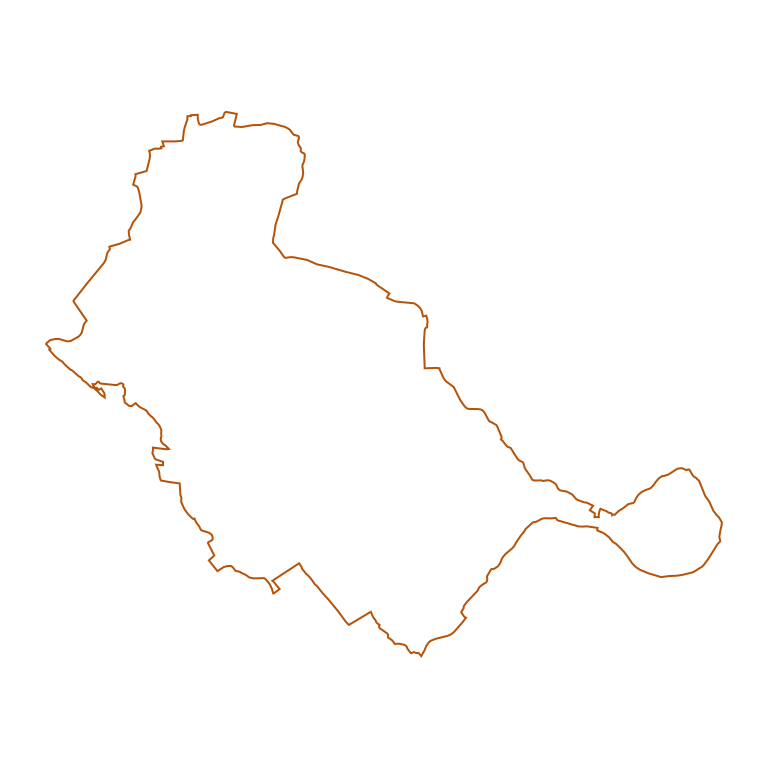 the district of Viisoara, Cluj, Romania
{"feature_id": "2599482B98058077803275", "entity_name": "Viisoara", "entity_type": "district", "adm_level": 2, "iso_a3": "ROU", "parent_name": "Romania", "parent_adm1": "Cluj", "projection": "robinson", "projection_center": [23.931, 46.57], "detail": "fine", "context": "isolated", "style": "outline", "palette": "amber", "viewbox_px": 768, "rotation_deg": 0, "n_neighbors": 0, "source": "geoboundaries", "source_scale": "gbopen_adm2", "svg_char_len": 6078}
<svg xmlns="http://www.w3.org/2000/svg" viewBox="0 0 768 768"><path d="M421.3,656.1L424.8,649.7L426.2,646.1L428.5,642.7L429.5,641.7L430.9,640.7L435.7,638.8L447.8,635.8L451.4,634.1L453.7,632.3L462.1,622.8L466.0,617.7L464.3,616.8L461.3,612.5L461.4,611.8L463.5,608.4L463.8,606.3L464.8,604.7L467.2,601.6L477.4,591.0L479.3,587.2L482.7,584.5L486.4,582.3L487.0,580.9L487.3,578.8L487.0,576.3L491.0,569.5L491.4,569.1L494.2,568.8L497.8,566.4L500.1,563.3L502.1,558.4L503.1,556.8L505.5,554.0L511.9,548.6L514.1,546.3L516.0,542.6L520.9,535.5L524.3,531.4L525.4,529.2L532.7,522.5L536.4,521.7L541.2,519.1L543.9,518.2L551.6,518.4L555.7,517.9L557.0,519.8L558.1,520.5L578.5,526.4L583.0,526.6L586.8,526.3L597.6,527.9L597.2,530.0L597.4,530.5L603.0,532.8L606.1,534.9L609.1,537.3L612.8,541.8L616.1,543.9L620.6,548.2L623.9,551.7L626.7,555.3L632.3,563.5L636.1,567.3L640.0,569.8L648.5,573.3L661.1,577.1L669.4,576.0L675.8,575.8L681.8,575.0L692.1,572.5L693.5,572.0L702.0,566.7L703.4,565.4L705.9,562.2L708.2,559.0L717.6,544.0L720.3,541.3L719.3,536.9L720.7,528.8L721.5,526.0L721.9,522.4L718.9,517.3L716.5,514.9L713.3,510.7L709.3,501.6L705.2,496.0L699.0,480.6L697.2,479.2L696.1,477.8L694.0,476.8L692.4,474.9L689.5,469.7L688.0,469.5L686.3,470.1L682.4,468.3L681.5,468.2L677.4,468.7L668.6,474.4L663.8,476.0L662.6,475.9L658.9,478.2L655.8,481.9L653.8,484.8L651.1,487.7L650.2,488.4L645.1,490.2L640.8,492.6L638.0,495.3L635.9,498.6L634.3,502.1L633.3,503.0L628.5,504.0L622.3,508.8L618.5,511.1L614.7,514.8L612.7,514.5L612.2,515.1L612.0,514.2L610.8,513.0L608.7,512.7L606.5,511.2L600.4,508.8L599.3,511.6L598.7,514.6L598.8,517.1L594.5,517.1L594.9,513.5L589.8,510.2L593.1,505.7L586.6,502.6L584.3,502.4L577.4,499.9L576.1,498.9L572.1,494.4L566.8,491.6L559.9,490.3L557.9,488.5L556.3,484.9L555.5,483.9L553.3,482.3L549.9,480.6L548.7,480.3L546.3,480.4L543.0,481.0L541.5,480.4L534.1,480.5L532.3,479.7L529.9,475.5L525.7,469.6L524.5,467.1L523.3,462.9L522.8,462.2L519.0,460.3L517.4,458.7L510.9,448.3L510.4,447.8L507.7,446.9L504.9,443.9L502.8,441.0L500.9,439.5L501.6,437.9L501.5,436.7L497.4,426.8L496.4,425.1L492.6,422.8L489.4,421.3L488.7,420.4L484.8,413.1L482.8,410.5L480.9,409.5L478.4,409.1L468.3,408.9L466.4,408.0L464.6,406.3L460.3,400.2L453.7,387.0L445.6,381.0L444.4,379.3L443.4,377.8L439.6,369.4L439.5,368.3L436.6,367.9L424.7,368.3L423.8,344.3L424.6,331.6L424.9,329.4L425.9,327.6L427.0,327.4L427.3,326.8L427.1,324.3L427.5,322.4L427.4,319.7L426.3,315.7L423.1,316.5L421.7,310.8L420.3,308.3L417.8,305.7L414.2,303.3L398.1,301.8L394.8,301.2L387.1,297.9L387.6,296.1L389.4,293.5L376.4,284.6L376.1,283.5L375.5,283.1L367.9,278.8L360.0,275.6L357.3,274.7L345.6,271.8L328.8,266.9L317.2,264.4L306.9,259.9L293.3,257.2L290.0,257.2L285.2,257.9L283.0,255.7L280.2,251.4L273.0,242.8L273.2,238.3L274.1,234.8L275.6,224.5L278.5,215.6L282.9,199.6L285.6,198.2L296.9,193.8L297.2,191.1L299.0,183.6L301.3,180.0L302.5,177.4L303.2,172.8L302.4,166.1L302.5,165.0L304.0,161.5L304.4,159.6L304.8,155.1L304.3,153.6L301.7,152.3L301.0,151.6L300.7,151.0L300.8,148.1L298.6,145.0L297.8,142.0L299.0,137.8L298.8,136.6L298.4,136.1L293.5,134.6L289.8,129.7L288.1,128.5L284.9,126.9L273.7,123.8L267.1,123.2L260.9,124.9L252.4,125.2L242.0,127.0L234.6,126.5L234.0,125.5L236.8,113.9L226.0,111.9L224.6,112.8L222.8,117.4L219.3,118.2L211.9,121.5L201.6,124.8L199.7,124.5L198.9,123.5L197.8,118.8L197.7,114.8L190.9,115.2L190.8,116.1L187.4,116.2L187.4,119.3L185.0,126.4L183.9,130.5L182.8,140.4L180.5,141.0L174.6,141.4L162.3,141.4L163.9,146.3L161.0,146.7L160.8,147.2L161.3,148.3L159.5,148.7L154.8,148.6L149.2,150.8L149.6,152.1L150.0,155.6L149.7,158.5L146.6,171.0L135.4,174.2L135.6,174.7L135.5,176.5L133.2,184.7L136.9,186.4L137.9,187.8L139.3,192.6L141.5,204.9L141.6,206.6L140.6,211.7L139.9,213.2L135.7,219.1L133.0,222.4L130.3,228.7L128.7,230.6L129.0,234.7L130.1,239.7L128.2,240.1L120.0,243.6L109.3,246.7L109.9,248.8L109.7,249.5L107.4,252.7L105.7,259.8L103.8,263.1L87.8,282.5L73.5,300.7L73.7,301.6L75.0,303.7L86.7,320.6L84.7,323.0L83.7,325.0L81.8,332.4L80.7,334.4L78.6,336.6L70.6,341.0L67.2,341.4L58.8,338.9L55.1,339.0L50.1,340.2L46.8,342.9L46.1,344.0L50.4,348.9L49.3,349.7L54.3,355.6L58.5,359.3L62.4,361.7L64.9,364.6L70.6,369.8L72.0,370.3L78.9,376.4L81.0,377.5L82.8,380.3L85.9,382.3L90.1,386.4L91.2,387.2L94.2,388.3L98.1,391.8L100.3,394.4L104.7,397.5L104.4,393.3L101.2,388.4L99.0,389.7L97.9,388.9L96.7,389.5L96.4,389.1L97.0,388.0L96.6,387.7L95.7,388.2L94.9,387.6L93.3,385.7L92.7,384.1L95.0,384.3L96.4,383.2L97.0,382.3L98.1,381.7L98.9,381.9L99.9,383.3L101.0,383.6L115.0,385.0L117.0,385.0L120.2,383.3L121.8,383.3L122.7,383.8L123.4,384.7L123.1,386.7L124.6,388.1L125.0,390.4L124.8,395.0L123.4,396.2L124.4,399.7L124.7,402.4L129.3,406.0L130.0,406.1L131.7,406.0L135.7,403.1L137.9,405.5L140.2,407.3L145.8,410.2L147.3,411.8L148.4,413.7L149.6,414.7L149.9,415.4L152.7,417.5L157.0,423.0L158.3,424.1L159.9,426.6L161.3,430.0L161.2,433.9L161.4,436.0L160.7,438.9L161.1,441.3L163.1,444.0L165.5,445.5L168.9,449.0L166.7,449.3L152.9,447.6L153.0,449.9L152.4,453.1L154.7,458.3L155.5,459.3L163.1,461.9L163.0,465.2L156.2,464.7L156.9,466.8L159.1,471.6L159.7,477.0L160.7,480.2L160.9,480.5L169.7,482.1L179.7,483.4L180.4,494.8L181.4,497.8L181.2,502.1L184.6,509.4L188.2,514.3L191.4,517.5L193.1,518.9L194.6,518.6L194.9,519.8L196.8,523.3L199.2,526.3L199.9,528.0L201.3,530.3L209.2,532.8L211.7,534.7L212.5,536.8L212.7,539.2L212.0,540.1L208.1,542.4L207.9,543.0L214.3,555.5L208.9,560.4L217.4,571.1L223.9,567.0L227.8,566.0L230.8,566.0L232.7,567.1L235.6,570.9L239.9,571.8L241.0,572.7L245.8,574.9L249.4,577.5L253.6,578.4L264.0,578.1L265.9,579.4L269.8,584.3L271.9,588.8L273.2,593.4L273.8,593.4L279.6,589.1L273.8,582.0L272.4,580.8L299.1,563.3L301.5,566.8L302.1,568.8L306.1,573.8L308.0,575.4L311.4,579.3L315.0,584.5L316.7,585.8L323.1,593.7L328.9,600.0L338.0,611.1L345.6,621.5L348.9,624.9L370.8,611.8L373.2,617.2L375.7,620.6L376.3,622.3L377.8,623.7L379.5,624.7L379.0,626.6L379.6,628.2L387.3,633.5L388.1,634.8L387.9,637.0L388.1,637.5L392.0,640.2L394.8,643.9L399.2,643.7L404.7,644.9L406.5,646.4L407.8,649.3L410.9,653.1L411.5,653.2L413.8,652.1L416.7,653.1L418.5,652.9L421.3,656.1Z" fill="none" stroke="#b45309" stroke-width="2"/></svg>